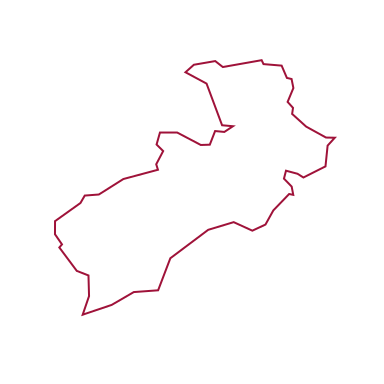 Vraneshtitsa, Vraneštica, North Macedonia (Robinson projection), rotated 193°
{"feature_id": "65306769B74199760072032", "entity_name": "Vraneshtitsa", "entity_type": "district", "adm_level": 2, "iso_a3": "MKD", "parent_name": "North Macedonia", "parent_adm1": "Vraneštica", "projection": "robinson", "projection_center": [21.041, 41.503], "detail": "fine", "context": "isolated", "style": "outline", "palette": "rose", "viewbox_px": 384, "rotation_deg": 193, "n_neighbors": 0, "source": "geoboundaries", "source_scale": "gbopen_adm2", "svg_char_len": 869}
<svg xmlns="http://www.w3.org/2000/svg" viewBox="0 0 384 384"><g transform="rotate(193 192 192)"><path d="M236.6,242.7L237.2,230.3L229.3,225.4L233.1,211.0L230.2,206.0L261.8,189.2L282.2,168.6L295.7,164.4L298.2,156.2L318.9,132.8L316.0,120.0L306.9,111.7L308.8,108.1L286.5,89.2L274.1,87.4L268.9,67.4L270.9,47.9L244.9,63.9L226.2,81.4L202.9,88.6L198.2,122.6L167.7,158.8L144.6,172.0L124.5,167.9L113.1,176.8L108.6,192.4L96.9,211.9L92.7,212.0L96.1,219.7L105.4,225.7L105.2,233.9L93.3,233.5L86.7,231.2L67.7,247.0L70.3,267.7L65.1,277.0L73.7,275.2L95.5,281.4L112.0,290.6L112.5,296.7L119.1,301.3L116.6,316.1L120.4,324.5L125.2,324.5L133.1,335.3L151.1,332.7L153.8,336.1L190.1,320.7L198.8,324.8L218.8,316.4L225.3,307.2L202.2,300.9L177.7,263.8L166.9,265.3L174.0,257.8L183.2,256.6L185.3,242.1L194.0,239.8L219.8,246.6L236.6,242.7Z" fill="none" stroke="#9f1239" stroke-width="2"/></g></svg>